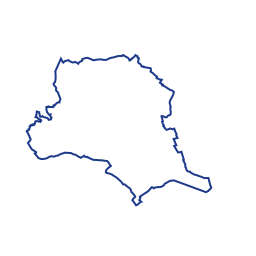 Pocola, Bihor, Romania, rotated 16°
{"feature_id": "2599482B76351023541530", "entity_name": "Pocola", "entity_type": "district", "adm_level": 2, "iso_a3": "ROU", "parent_name": "Romania", "parent_adm1": "Bihor", "projection": "equal_earth", "projection_center": [22.281, 46.7], "detail": "fine", "context": "isolated", "style": "outline", "palette": "blue", "viewbox_px": 256, "rotation_deg": 16, "n_neighbors": 0, "source": "geoboundaries", "source_scale": "gbopen_adm2", "svg_char_len": 5717}
<svg xmlns="http://www.w3.org/2000/svg" viewBox="0 0 256 256"><g transform="rotate(16 128 128)"><path d="M157.1,200.1L158.9,198.3L159.7,196.7L160.1,196.2L160.6,195.5L161.1,195.2L159.5,194.5L158.7,194.2L158.9,193.5L159.2,191.8L158.6,191.2L158.3,190.7L158.8,190.2L159.6,189.3L161.7,186.7L162.0,186.3L162.8,185.7L163.0,185.4L163.6,184.5L164.7,183.5L165.1,182.7L165.4,181.9L165.8,181.3L166.8,179.0L167.2,178.3L167.4,178.3L167.8,178.3L169.4,178.9L169.8,178.3L170.2,178.0L170.7,177.6L171.2,177.4L172.0,177.0L175.1,175.9L176.1,175.4L178.2,173.3L178.4,172.7L178.7,171.4L180.3,169.9L182.0,168.1L183.5,166.9L186.8,165.7L220.6,168.2L222.5,166.5L224.4,162.8L224.5,162.5L222.7,160.1L219.1,153.9L216.1,154.8L215.5,155.1L214.5,155.1L213.3,154.9L212.6,154.7L208.2,154.6L207.7,154.3L205.9,154.5L205.0,154.5L200.4,153.6L199.8,152.9L198.9,153.1L197.6,153.2L197.2,153.1L196.4,152.7L196.0,152.3L195.1,151.2L194.9,150.7L194.5,150.0L194.0,149.8L193.7,149.3L193.6,149.0L193.6,148.7L193.1,147.6L193.1,147.1L192.9,146.9L192.1,146.2L191.2,145.0L190.8,144.8L189.9,143.5L190.4,143.1L185.9,136.1L184.0,137.3L182.9,137.7L178.2,133.4L177.3,132.5L179.2,131.3L174.9,126.0L178.3,123.9L176.3,121.6L176.5,120.7L174.4,118.4L172.6,115.8L171.1,117.0L168.8,116.8L165.9,119.0L165.5,119.1L165.3,119.1L165.0,119.0L163.3,117.8L161.7,116.6L162.1,116.3L161.8,115.8L161.2,115.1L160.5,114.6L159.1,112.6L159.7,111.9L158.9,110.9L158.5,109.9L157.4,108.3L157.0,107.6L157.0,107.3L158.3,107.0L159.1,107.1L160.6,107.5L161.8,107.2L162.4,106.8L162.9,105.4L163.4,104.7L164.9,103.8L165.1,103.3L165.1,102.7L164.8,101.3L164.5,100.4L163.8,98.9L163.4,97.8L163.2,97.1L163.1,96.5L163.3,96.2L161.2,92.5L160.8,90.8L161.2,88.8L162.1,84.6L162.2,83.6L162.2,80.7L160.6,80.0L159.5,79.7L157.8,79.7L152.8,78.2L150.7,77.6L149.0,77.5L148.9,77.3L148.9,77.1L149.2,76.5L147.3,76.1L146.2,75.7L147.1,72.9L147.2,72.3L146.5,72.3L145.5,72.6L144.9,72.7L143.2,72.3L142.5,72.4L141.6,72.1L141.7,70.6L140.3,70.2L138.7,69.4L136.2,68.2L134.1,67.6L134.2,66.3L133.7,65.1L133.3,64.3L126.2,65.1L126.0,64.6L124.7,64.9L124.2,65.1L123.6,64.4L123.4,64.1L123.0,63.7L122.6,63.4L122.3,63.2L121.0,62.8L120.2,62.5L119.7,62.2L119.3,61.0L119.3,58.0L117.7,57.7L117.6,57.4L117.6,57.0L117.5,56.5L115.0,55.9L114.4,57.7L114.1,58.3L113.6,58.9L112.9,59.5L112.5,60.8L112.1,60.9L111.8,61.2L111.8,61.8L111.1,62.6L110.8,62.7L110.2,61.8L109.8,61.4L109.0,60.8L108.2,60.4L106.2,60.1L103.5,59.2L103.1,59.7L102.7,59.7L102.3,60.6L100.4,60.9L98.7,61.6L96.9,62.6L95.7,63.5L92.6,65.1L91.5,65.9L90.7,66.3L90.5,66.5L89.7,67.4L88.5,68.4L87.8,68.7L85.4,69.3L83.1,69.5L81.6,69.9L81.1,70.2L78.8,71.0L76.6,72.3L75.4,72.3L70.5,71.7L69.4,71.8L68.2,72.4L67.1,73.0L65.5,74.1L65.1,74.3L65.3,75.2L65.4,75.6L65.3,76.2L64.3,76.8L62.9,78.5L62.7,79.0L62.5,79.9L59.2,79.0L56.9,80.3L53.9,80.0L51.9,79.2L50.9,79.9L48.9,81.1L47.8,83.0L47.0,82.6L46.1,81.5L44.4,79.8L42.5,93.7L43.6,96.3L44.9,100.7L45.2,103.9L44.3,105.7L44.3,106.0L45.0,107.3L45.4,107.5L45.7,107.7L45.9,107.8L47.3,108.6L47.7,109.1L48.0,109.5L48.1,110.1L48.2,111.1L48.5,111.6L48.7,111.8L49.2,112.3L49.5,112.4L50.3,112.7L50.6,113.0L51.2,113.3L51.4,113.6L51.5,114.1L51.7,114.5L52.3,115.1L54.7,118.3L55.0,118.7L55.1,119.2L55.0,119.7L55.1,120.2L54.8,121.3L55.0,122.3L54.8,122.3L54.5,122.3L53.4,122.9L53.2,123.2L53.0,123.4L52.7,123.6L52.4,124.0L52.2,124.5L52.0,125.0L51.6,125.6L51.3,125.9L50.8,126.4L50.5,126.6L51.1,127.0L50.8,127.5L50.1,128.7L49.4,128.6L49.1,128.8L48.6,128.9L45.7,129.8L45.5,129.3L44.2,130.1L43.8,130.4L44.0,130.6L44.3,131.0L44.3,131.5L44.3,132.6L44.9,133.5L45.7,134.8L46.0,135.2L47.7,136.4L48.2,136.8L48.5,136.7L49.8,136.3L49.8,137.0L49.8,137.8L51.1,138.7L51.6,139.1L51.4,139.9L51.4,140.2L51.6,140.9L51.4,141.0L50.8,141.3L50.3,141.6L49.5,142.0L48.7,141.1L48.3,140.9L47.6,140.7L46.7,140.6L45.3,140.7L43.6,140.7L42.8,140.5L42.4,140.2L41.7,140.9L41.2,141.2L40.6,141.4L39.6,140.1L39.2,139.0L38.7,138.6L38.3,137.3L35.8,137.3L36.1,139.3L36.3,139.8L36.3,140.1L36.2,140.9L36.3,142.1L36.1,143.0L36.7,143.0L37.5,142.8L38.1,143.0L38.2,143.3L39.7,144.1L40.3,144.1L40.8,143.9L42.1,144.4L42.5,144.5L42.5,145.1L42.3,145.6L42.0,146.3L41.6,146.2L41.0,146.1L40.2,146.4L38.5,146.5L37.3,147.0L37.1,147.4L37.3,148.2L37.2,148.9L37.2,149.3L37.1,150.7L36.6,150.9L36.5,150.5L36.1,150.3L35.6,150.9L35.9,151.2L35.9,151.5L35.7,151.7L35.3,151.7L35.0,151.6L34.9,151.3L34.7,151.3L33.8,152.1L34.1,152.5L34.0,152.9L33.8,153.0L33.4,152.7L33.0,153.8L33.4,154.6L33.4,155.7L33.3,155.9L33.4,156.1L33.3,157.0L33.0,157.1L32.7,157.1L32.8,157.6L32.7,157.8L32.4,158.1L31.7,158.5L31.5,159.0L31.7,159.3L31.9,159.4L33.5,160.9L34.9,162.5L35.3,162.8L35.7,163.2L36.4,164.6L37.1,165.0L37.4,165.4L37.5,165.7L37.5,166.5L37.4,167.0L35.9,169.9L38.0,171.9L39.3,173.2L41.5,175.0L46.1,176.4L46.5,177.2L46.3,177.5L45.4,178.2L47.2,179.5L48.5,180.3L49.6,181.3L51.0,181.7L53.3,181.7L55.1,181.2L57.4,180.0L58.8,179.1L60.0,177.6L61.9,176.3L62.4,176.2L64.0,176.0L65.1,175.7L66.5,174.6L67.6,174.1L68.4,173.7L68.7,173.2L70.5,171.6L74.2,169.1L79.2,168.0L80.4,167.8L82.9,168.4L84.7,168.1L88.0,169.1L90.9,169.6L92.6,167.7L93.6,166.8L94.0,167.4L96.3,167.4L96.6,167.3L96.9,166.9L97.1,166.9L97.4,167.2L97.8,167.4L101.3,167.9L103.6,168.2L103.9,168.0L109.2,166.9L111.6,166.3L116.0,165.7L117.2,165.5L118.4,166.3L119.8,167.4L120.6,168.4L122.0,169.2L119.9,172.1L118.9,173.9L118.7,174.9L118.9,176.5L119.4,177.1L122.6,176.9L125.4,177.2L127.8,178.0L130.4,178.7L131.8,179.3L136.2,181.5L136.9,182.0L138.8,183.6L139.7,183.1L141.4,183.5L142.5,184.1L144.2,184.8L145.6,185.2L146.5,185.7L147.1,186.1L147.8,186.7L148.2,187.3L148.5,187.9L149.1,188.7L151.1,189.8L151.9,190.3L153.8,191.9L153.8,192.3L153.6,192.9L152.4,194.7L152.3,195.7L152.1,196.2L152.6,196.5L153.4,197.1L154.4,197.8L155.9,199.1L156.5,199.7L157.1,200.1Z" fill="none" stroke="#1e3a8a" stroke-width="2"/></g></svg>